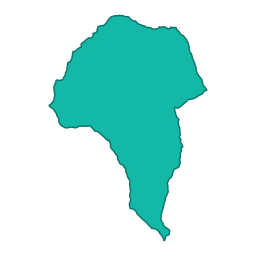 Langthil, Tongsa, Bhutan (orthographic projection), rotated 270°
{"feature_id": "84629894B85731212133965", "entity_name": "Langthil", "entity_type": "district", "adm_level": 2, "iso_a3": "BTN", "parent_name": "Bhutan", "parent_adm1": "Tongsa", "projection": "orthographic", "projection_center": [90.569, 27.339], "detail": "fine", "context": "isolated", "style": "filled", "palette": "teal", "viewbox_px": 256, "rotation_deg": 270, "n_neighbors": 0, "source": "geoboundaries", "source_scale": "gbopen_adm2", "svg_char_len": 5907}
<svg xmlns="http://www.w3.org/2000/svg" viewBox="0 0 256 256"><g transform="rotate(270 128 128)"><path d="M25.4,169.7L25.7,169.6L27.6,167.4L28.7,165.2L29.3,164.5L30.1,163.9L33.2,162.7L34.5,161.7L35.9,161.1L37.8,160.9L40.9,161.2L43.4,161.7L47.8,163.1L52.1,164.0L54.5,164.7L55.7,165.2L58.5,165.4L60.2,166.7L62.3,167.1L63.6,168.1L65.2,168.2L67.3,167.7L69.5,167.9L70.7,167.7L72.2,167.3L73.1,167.4L76.7,169.0L77.7,169.8L78.6,171.1L79.1,171.4L81.4,172.4L83.0,172.7L84.4,173.2L85.7,173.5L86.2,173.8L86.6,174.2L87.1,175.0L88.4,177.9L89.0,178.7L89.5,179.0L91.3,179.4L92.9,180.3L93.6,180.2L94.1,180.0L95.0,180.0L95.6,179.8L96.2,179.4L96.4,179.3L96.9,179.8L97.5,180.1L99.4,180.4L102.7,180.4L103.6,180.6L104.8,181.3L105.3,181.4L107.1,181.3L107.6,181.1L107.9,180.8L109.0,182.4L109.3,182.7L109.6,182.7L110.0,182.6L110.5,182.2L111.5,182.1L113.0,180.9L113.6,180.7L114.4,180.2L114.6,180.2L115.9,180.8L116.6,180.9L117.0,180.6L117.5,179.9L117.9,179.6L119.5,179.5L120.3,180.0L120.7,180.2L121.8,180.0L123.5,180.1L124.4,179.8L126.2,179.8L126.9,179.6L127.8,179.9L128.5,179.6L129.0,179.2L130.1,178.8L130.8,178.8L131.9,178.3L133.0,178.2L133.7,178.1L134.4,178.1L135.4,178.7L136.3,178.9L137.2,178.5L138.1,177.5L139.2,176.6L140.4,176.3L141.8,175.5L143.0,175.6L143.7,175.1L144.4,175.1L145.0,174.7L146.7,174.8L148.5,174.4L148.6,175.1L148.5,175.8L148.3,176.5L147.8,177.5L148.0,178.2L148.1,178.4L148.5,178.7L149.2,180.2L150.1,181.3L150.4,181.9L151.0,182.2L152.0,183.5L152.7,184.1L153.4,185.1L153.7,185.7L154.3,185.9L154.8,186.8L155.7,187.3L156.2,187.8L156.6,188.9L156.5,190.1L157.0,191.3L157.2,193.2L158.2,195.3L158.8,196.1L159.4,197.4L160.5,198.8L161.0,199.7L161.9,201.9L162.3,202.5L163.5,203.1L164.1,203.5L165.0,204.6L165.6,206.2L166.0,206.8L167.2,206.1L168.8,204.8L171.3,202.9L172.3,202.7L174.2,202.4L176.5,201.8L176.9,201.6L177.6,200.8L179.5,199.4L179.8,199.1L181.0,198.4L181.7,197.6L182.3,197.3L183.5,197.0L186.1,196.1L187.0,196.2L188.9,195.9L189.7,195.6L191.0,194.7L192.1,194.9L193.3,194.5L196.9,192.7L202.4,191.4L203.4,190.4L204.2,189.7L205.4,189.6L206.5,189.3L207.1,189.0L208.3,189.3L209.2,189.2L210.3,188.7L213.4,188.1L214.1,187.4L214.9,187.0L216.3,186.6L216.8,186.3L217.2,185.9L217.6,185.1L217.8,185.0L219.6,183.9L219.9,183.6L220.4,183.1L220.7,182.2L222.2,180.4L224.4,179.1L224.7,178.7L225.2,177.9L225.5,177.5L226.1,177.2L226.8,176.6L228.1,176.1L228.5,175.8L228.4,174.2L228.6,173.5L228.1,172.5L228.4,171.8L228.7,171.5L228.8,170.8L228.6,170.4L227.7,170.2L227.5,169.3L227.2,168.9L227.1,168.4L227.1,168.2L227.6,167.4L227.7,166.5L228.8,165.6L229.2,163.3L229.1,162.8L229.1,162.4L228.6,161.5L228.5,161.1L229.1,159.9L229.1,159.6L228.8,159.0L227.7,158.5L227.4,158.1L227.4,157.0L227.1,156.6L226.9,156.2L226.9,155.0L227.0,154.6L226.8,153.6L226.8,152.7L227.0,152.3L227.7,151.9L227.9,151.5L228.1,150.4L228.5,149.5L228.5,148.3L228.4,147.9L228.7,147.2L228.7,146.5L229.0,145.9L229.9,144.8L230.1,144.4L230.1,143.5L231.7,139.3L232.0,139.0L232.1,138.3L232.3,137.6L233.3,137.0L233.7,136.4L234.4,135.9L234.7,135.9L235.1,134.9L234.9,134.4L235.0,133.8L235.6,132.6L236.4,131.3L237.0,130.2L237.2,129.9L238.3,129.5L239.0,128.7L239.2,128.4L239.3,125.7L239.6,124.5L240.3,122.9L240.4,121.6L240.2,121.0L240.5,120.4L240.6,119.8L240.5,118.9L240.2,117.3L240.3,115.8L240.0,114.8L240.1,114.4L239.4,111.7L239.1,111.1L238.5,110.4L236.9,108.9L232.9,106.1L231.4,104.7L230.4,103.3L230.4,101.7L230.0,100.0L229.8,99.2L229.3,98.6L229.2,97.9L228.0,97.7L226.1,97.0L225.1,97.3L224.6,97.0L222.8,95.1L223.0,93.9L222.6,93.2L222.3,93.1L220.7,93.2L219.3,92.5L218.6,92.0L218.3,91.4L217.9,90.2L218.0,89.6L218.0,88.4L217.3,87.8L216.5,86.4L214.5,84.4L213.6,82.9L212.1,81.2L208.7,81.2L208.4,79.8L207.7,78.8L207.1,77.5L205.7,76.2L204.5,75.2L204.3,74.7L204.6,74.1L204.6,73.3L204.3,73.0L203.5,72.7L199.9,72.3L198.7,72.0L198.2,72.1L197.6,71.9L196.6,71.2L195.9,71.0L195.2,71.0L193.1,67.8L187.1,66.9L186.0,67.1L183.6,65.6L181.8,65.4L179.9,64.9L179.6,64.3L178.1,63.5L176.7,63.0L176.0,61.8L175.9,60.8L175.6,60.2L175.4,59.0L175.9,58.2L175.9,56.9L175.8,56.5L175.1,56.0L173.2,55.5L169.5,54.0L167.9,53.9L165.7,54.2L164.3,54.3L162.1,54.8L160.5,54.7L158.8,54.3L157.0,54.2L153.7,52.8L153.4,51.9L152.4,51.3L151.6,50.6L150.7,49.2L149.6,49.8L148.6,50.5L148.3,51.1L148.0,52.0L146.6,53.7L144.7,54.8L143.0,56.2L140.9,56.7L139.5,57.4L138.6,58.2L137.7,58.6L136.8,58.8L134.3,58.9L132.5,59.5L131.1,60.7L129.8,62.1L129.2,63.5L128.4,64.8L128.2,65.3L128.2,68.1L128.8,69.5L128.9,71.1L128.6,73.3L128.2,75.1L128.6,77.3L129.6,78.5L129.8,79.1L129.7,80.7L130.0,82.8L129.8,84.1L130.0,90.2L129.9,90.5L128.4,91.6L128.1,92.5L127.9,92.7L127.0,93.0L126.6,93.5L125.5,94.2L125.0,94.6L124.9,94.8L124.7,97.0L124.4,97.6L122.9,99.6L122.0,100.5L121.5,101.3L120.9,102.1L120.1,102.7L119.1,104.0L117.4,105.6L116.7,106.3L116.5,107.0L115.3,107.9L115.4,108.1L116.0,109.2L115.7,109.4L114.1,109.6L112.4,110.4L109.6,110.5L108.7,110.7L107.6,111.3L107.1,111.6L105.8,112.9L103.8,114.5L102.5,115.3L101.2,116.2L100.4,117.2L100.2,117.3L99.2,117.5L96.4,117.8L94.6,119.0L94.4,119.2L93.1,119.5L92.3,120.1L91.4,121.6L90.9,123.2L90.2,123.5L89.4,123.7L87.8,125.1L87.3,125.4L86.8,125.7L86.0,125.9L84.2,125.8L80.7,127.4L78.7,127.7L77.3,128.8L76.5,129.0L76.2,129.2L75.2,130.0L74.6,130.2L72.9,129.7L71.6,129.7L70.7,129.9L68.3,130.1L66.9,130.1L65.2,130.7L62.2,130.0L61.2,129.7L60.2,129.6L58.9,130.0L57.9,130.4L56.9,130.7L55.7,130.5L54.1,130.1L53.0,129.5L51.3,129.4L49.5,129.7L47.5,130.2L47.2,130.7L47.3,132.1L47.1,133.0L46.5,133.9L46.0,134.4L45.3,135.6L44.8,135.9L42.9,136.7L41.8,137.4L36.1,143.2L35.3,144.3L33.9,146.0L32.1,147.7L30.6,148.7L30.3,149.1L29.7,150.2L28.4,151.0L27.6,151.9L27.4,152.2L27.7,153.1L27.7,153.4L27.3,154.2L27.1,155.2L26.4,156.8L25.7,157.7L24.6,158.6L23.8,159.4L22.7,159.8L20.3,161.8L19.0,162.6L16.7,163.8L16.1,163.9L15.5,163.8L15.4,164.2L15.5,164.5L18.4,165.6L19.3,165.8L20.0,166.1L20.5,166.8L20.9,168.3L21.2,168.7L21.7,169.1L22.7,169.3L23.3,169.2L23.9,169.4L25.4,169.7Z" fill="#14b8a6" stroke="#0f766e" stroke-width="1.5"/></g></svg>